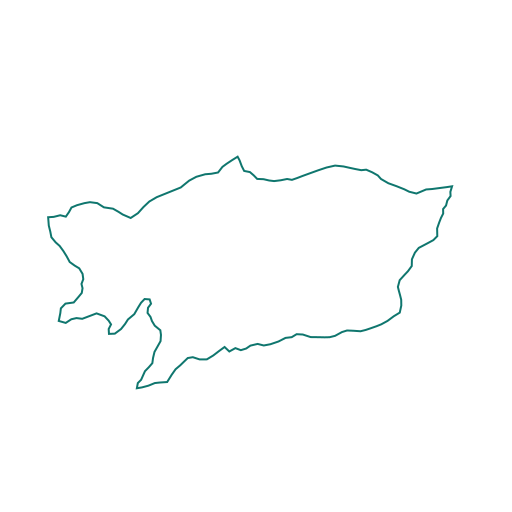 Ibirama, Santa Catarina, Brazil (Natural Earth projection), rotated 76°
{"feature_id": "56859067B41531797206151", "entity_name": "Ibirama", "entity_type": "district", "adm_level": 2, "iso_a3": "BRA", "parent_name": "Brazil", "parent_adm1": "Santa Catarina", "projection": "natural_earth1", "projection_center": [-49.524, -27.014], "detail": "fine", "context": "isolated", "style": "outline", "palette": "teal", "viewbox_px": 512, "rotation_deg": 76, "n_neighbors": 0, "source": "geoboundaries", "source_scale": "gbopen_adm2", "svg_char_len": 2496}
<svg xmlns="http://www.w3.org/2000/svg" viewBox="0 0 512 512"><g transform="rotate(76 256 256)"><path d="M343.4,241.0L341.7,235.5L343.5,229.6L347.9,222.6L350.0,214.6L351.5,209.1L352.6,204.2L352.6,198.6L350.6,191.0L350.3,185.7L352.0,179.9L354.3,172.8L354.3,167.5L353.9,162.5L353.3,156.1L352.6,151.0L350.8,144.1L347.8,136.9L345.7,130.2L339.2,127.0L333.6,125.7L328.9,125.7L324.4,125.8L320.3,125.8L314.2,122.4L310.0,116.1L307.5,112.2L303.4,107.3L296.9,105.5L291.2,101.0L287.5,96.1L285.2,86.7L283.5,80.1L280.6,75.3L273.1,73.6L267.6,70.0L263.8,67.3L260.1,64.1L255.7,63.1L253.0,59.4L248.4,56.9L244.9,52.7L240.8,51.9L235.8,48.9L235.3,54.3L234.5,61.2L233.6,69.0L232.6,74.8L234.2,85.2L230.7,91.8L227.2,95.9L222.3,102.7L217.4,110.0L211.5,116.1L207.3,118.3L202.9,123.0L198.9,128.2L198.2,133.1L195.6,138.7L193.0,144.0L190.3,149.4L187.4,157.4L187.2,166.1L187.9,175.0L188.8,183.8L189.6,191.5L190.3,197.1L190.8,202.7L188.8,207.2L188.5,213.7L187.7,220.3L185.9,225.0L183.3,230.1L181.5,236.2L177.2,238.7L173.1,241.6L170.6,246.9L165.4,248.1L159.2,248.8L155.2,249.8L157.2,256.0L159.4,262.2L161.4,267.0L165.8,272.6L165.4,279.4L164.4,285.5L164.7,294.7L166.7,302.6L169.3,308.2L171.3,312.4L174.9,338.1L177.3,346.3L181.3,353.4L185.9,360.2L188.8,368.4L183.5,375.3L179.8,378.8L175.5,383.3L172.0,391.8L166.3,397.2L163.6,404.1L163.2,409.7L163.4,417.4L164.3,423.3L168.1,426.8L171.8,431.0L169.1,436.1L169.1,442.8L168.1,448.3L176.4,449.7L182.6,449.7L188.3,450.0L194.3,447.1L198.7,444.1L204.6,441.7L210.5,439.8L216.8,438.2L221.5,434.2L225.2,430.5L231.4,428.6L236.7,429.2L240.9,432.1L245.3,432.1L249.7,434.0L252.8,438.2L257.0,444.1L256.1,452.4L259.6,458.0L264.1,459.7L271.3,463.1L274.9,456.8L272.7,450.5L272.8,445.2L274.9,439.8L274.0,432.1L273.1,424.6L277.9,417.5L283.1,414.6L287.3,413.2L291.2,416.6L296.0,417.5L297.2,411.8L294.2,404.6L290.3,399.5L286.6,395.6L283.0,388.2L277.1,382.5L273.6,378.9L270.8,374.5L272.4,369.7L276.9,369.4L280.1,373.3L285.0,375.0L289.6,373.1L293.9,372.7L299.1,371.1L304.9,366.8L309.6,367.3L315.5,369.2L320.6,374.0L324.5,377.7L330.1,380.6L334.9,382.5L338.0,386.9L340.9,391.6L344.6,394.5L348.3,397.4L350.7,401.4L355.5,403.6L355.9,398.5L355.8,391.8L354.8,384.9L355.5,379.9L356.8,372.7L350.8,366.5L346.4,361.4L343.7,355.9L340.9,351.1L338.5,346.9L338.9,341.8L342.7,335.7L344.4,328.7L342.2,321.6L339.3,314.9L336.7,308.5L342.2,305.0L340.4,298.3L343.7,293.5L343.4,287.9L341.6,283.1L341.7,275.7L344.7,270.1L345.1,263.4L344.4,254.9L342.6,247.2L343.4,241.0Z" fill="none" stroke="#0f766e" stroke-width="2"/></g></svg>